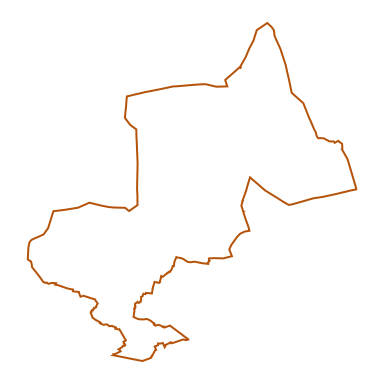 Dinkelland, Overijssel, Netherlands
{"feature_id": "6326949B33383901322774", "entity_name": "Dinkelland", "entity_type": "district", "adm_level": 2, "iso_a3": "NLD", "parent_name": "Netherlands", "parent_adm1": "Overijssel", "projection": "orthographic", "projection_center": [6.904, 52.371], "detail": "fine", "context": "isolated", "style": "outline", "palette": "amber", "viewbox_px": 384, "rotation_deg": 0, "n_neighbors": 0, "source": "geoboundaries", "source_scale": "gbopen_adm2", "svg_char_len": 5515}
<svg xmlns="http://www.w3.org/2000/svg" viewBox="0 0 384 384"><path d="M72.9,291.1L73.0,291.3L76.1,291.7L78.9,292.0L78.9,292.4L79.0,292.8L79.3,293.7L80.5,296.7L83.4,295.8L83.6,295.8L95.2,299.5L95.4,300.2L95.5,300.5L97.7,303.5L95.8,306.9L96.0,307.2L95.3,307.4L94.0,308.8L93.6,309.0L93.5,308.8L92.9,310.2L92.9,310.3L92.5,310.3L92.4,310.3L92.1,310.2L92.0,310.3L91.7,310.3L91.6,310.7L91.5,311.9L90.9,312.0L90.8,313.1L91.5,314.7L92.1,316.0L92.2,316.5L92.2,317.2L93.2,318.1L94.0,318.6L94.7,319.3L95.1,319.6L100.5,322.5L100.0,323.3L103.4,324.8L106.2,324.4L107.4,324.6L107.9,324.9L109.0,326.1L110.1,326.1L111.0,325.9L112.1,326.3L112.3,326.0L116.0,327.5L115.9,327.9L115.4,328.7L119.1,329.6L119.4,329.3L119.7,329.7L120.7,331.5L121.0,332.1L121.1,332.3L122.3,334.2L123.3,335.9L123.6,336.5L124.2,337.5L124.8,338.7L125.1,339.0L125.4,339.5L125.7,339.9L125.6,340.0L125.8,340.5L125.0,341.0L124.3,341.3L123.5,341.8L124.4,343.4L123.9,343.8L124.1,344.0L124.3,344.4L125.1,344.9L125.3,345.2L125.3,345.3L124.4,345.9L122.6,346.2L122.5,346.7L122.3,347.0L118.7,349.3L119.6,349.7L120.6,351.3L115.2,354.0L113.7,354.2L114.0,354.6L113.9,354.6L114.0,354.8L113.2,355.2L138.2,360.2L142.4,361.0L146.3,359.6L151.0,357.9L151.4,357.2L151.2,357.0L151.6,356.1L151.9,356.3L155.2,350.2L156.1,349.9L154.7,346.5L158.1,345.1L158.1,343.4L159.8,343.6L160.2,343.6L162.9,343.0L164.7,347.2L165.5,345.9L165.4,345.1L170.8,342.3L171.3,343.3L173.7,342.7L183.0,339.5L186.6,340.1L188.4,339.5L188.4,339.4L188.0,339.1L184.1,336.3L184.1,336.2L182.3,334.8L169.9,325.6L164.6,327.5L164.0,326.5L163.1,327.1L162.9,326.9L162.1,326.6L161.9,326.2L161.2,325.8L159.7,325.2L158.8,324.9L157.7,325.0L155.9,325.5L155.9,325.4L155.2,325.3L154.6,325.3L154.3,325.2L154.2,325.1L154.0,324.9L154.0,324.7L153.9,324.6L154.0,324.3L154.1,324.0L154.2,323.8L154.5,323.6L154.2,323.2L153.3,323.0L151.3,321.2L149.8,320.4L149.4,320.0L147.0,319.1L146.7,319.0L143.5,319.4L139.5,319.3L139.3,319.3L136.7,318.5L133.5,316.9L134.2,312.7L134.2,312.3L134.2,312.0L134.5,311.0L134.2,308.9L134.3,308.9L134.2,308.6L134.6,308.5L135.0,308.2L135.3,307.7L135.4,306.4L135.0,306.4L135.1,303.6L135.5,303.5L137.5,301.9L137.6,302.2L138.0,302.7L138.2,302.8L138.7,302.9L139.0,302.9L140.0,301.9L140.1,301.7L140.6,301.8L141.2,300.3L141.1,299.7L141.1,298.7L141.1,296.8L142.1,296.4L142.5,296.3L142.6,296.2L143.1,294.4L143.1,294.2L143.5,293.7L145.2,294.1L145.4,294.2L145.5,294.1L145.8,293.7L146.0,292.9L151.9,293.5L152.8,288.1L152.7,288.1L154.6,281.9L159.2,282.9L159.3,282.8L159.2,282.8L160.9,278.5L160.7,278.2L161.2,276.2L161.4,276.3L161.4,276.1L162.9,276.7L165.7,274.4L166.3,274.0L166.2,274.0L166.8,273.3L169.8,271.3L170.1,271.7L171.2,270.2L171.6,269.4L172.4,267.4L172.7,266.3L172.7,266.1L173.7,266.2L173.8,266.2L173.9,265.7L174.1,264.5L174.2,263.9L174.2,262.7L174.3,262.4L174.3,262.1L176.4,257.1L177.3,257.5L178.0,257.6L180.0,257.9L180.5,258.0L181.3,258.2L183.1,258.9L185.0,260.1L185.6,260.5L186.5,261.2L187.3,261.6L187.9,261.9L190.0,262.2L190.3,262.2L190.8,262.2L192.4,262.0L192.9,261.9L193.0,261.8L194.4,261.8L194.6,261.7L194.9,261.7L202.1,263.2L203.2,263.3L207.4,263.8L208.2,264.0L208.3,263.8L207.6,263.0L208.4,262.0L209.1,261.5L209.6,261.0L209.4,260.8L209.3,260.7L209.2,260.5L209.0,260.3L208.9,260.3L208.9,259.2L209.0,259.2L209.2,258.3L211.4,258.3L213.5,258.1L223.1,258.4L231.9,256.2L229.3,249.4L229.8,248.3L231.1,245.3L237.3,236.6L238.0,235.9L240.3,233.6L244.9,231.5L249.4,230.8L248.4,226.8L245.6,219.1L244.4,215.6L243.5,212.6L243.4,211.9L243.2,211.5L243.4,211.4L243.2,211.3L242.3,208.5L242.2,208.3L241.4,205.7L242.5,201.3L242.6,201.2L242.4,201.1L245.8,191.6L245.9,191.2L246.3,190.4L246.2,190.3L247.4,186.0L250.0,177.4L265.2,190.5L277.0,197.8L283.6,202.0L288.7,204.9L292.1,204.4L310.2,199.2L313.9,198.2L322.2,197.0L334.4,194.4L350.2,190.6L356.2,189.4L356.1,188.0L347.6,159.3L342.3,149.9L341.8,149.2L342.2,149.0L342.3,148.7L342.4,147.6L342.2,146.9L342.2,146.2L342.3,145.8L342.0,143.7L339.1,141.7L338.4,140.9L337.4,141.3L336.9,141.5L336.4,141.9L336.0,142.1L334.6,142.8L334.1,141.9L333.8,141.6L333.6,141.5L333.1,141.4L329.7,141.4L329.4,141.3L325.3,139.2L324.6,138.7L324.2,138.5L323.9,138.4L323.4,138.3L321.0,138.1L320.1,138.1L318.6,138.3L318.4,138.3L318.2,138.2L317.2,136.9L316.9,136.4L316.7,135.9L315.7,132.3L315.5,131.7L315.4,131.4L315.2,131.0L314.8,130.6L314.6,130.3L310.4,120.5L309.9,119.4L309.7,119.2L309.0,117.5L303.4,103.3L291.7,92.8L288.7,78.4L287.1,71.6L285.7,65.1L280.4,48.9L274.6,36.1L273.9,30.4L271.7,27.1L267.3,23.0L256.8,30.1L255.4,34.5L255.3,34.4L255.2,34.6L255.3,34.8L255.2,35.0L253.6,40.3L249.6,47.9L248.9,49.4L245.7,57.1L240.5,66.2L240.8,66.9L240.6,67.1L240.8,67.3L240.4,67.9L240.2,67.8L240.1,67.7L239.9,67.6L239.6,67.3L225.2,80.0L227.2,86.4L216.3,86.7L205.6,84.2L201.1,84.3L192.9,84.9L178.0,86.2L172.7,86.5L162.1,88.8L153.1,90.6L144.8,92.2L126.9,96.4L126.5,100.4L126.0,107.2L125.1,115.6L124.9,117.8L126.4,119.8L130.2,124.9L136.3,129.4L136.5,138.0L136.6,139.2L136.7,141.2L137.6,163.4L137.1,186.8L137.1,189.6L137.4,194.8L137.5,205.1L129.2,211.0L128.9,210.9L125.1,207.8L113.8,207.5L108.4,207.0L100.8,205.5L89.4,202.7L78.0,207.7L64.3,209.9L53.4,211.2L48.1,228.2L46.0,231.1L43.5,234.5L34.4,238.5L31.6,239.8L30.5,241.0L29.5,242.4L28.4,247.5L27.8,259.4L31.1,261.6L31.8,264.7L32.1,267.2L39.3,276.3L43.3,282.0L44.3,282.4L44.8,282.5L45.3,282.8L45.6,282.9L45.9,282.9L46.2,282.6L46.5,282.6L46.8,282.9L47.2,282.9L47.6,283.3L48.9,283.8L50.2,283.3L51.6,283.0L52.5,283.0L52.9,283.0L56.0,283.2L55.2,284.6L58.1,285.2L67.0,288.3L71.3,289.3L73.0,289.5L73.0,290.4L72.9,291.1Z" fill="none" stroke="#b45309" stroke-width="2"/></svg>